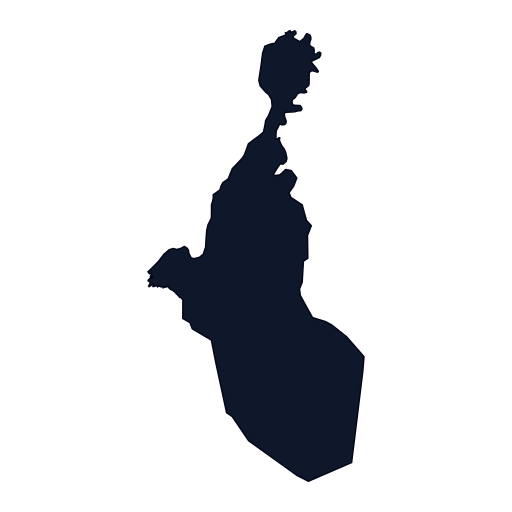 Obubra, Cross River, Nigeria (Robinson projection)
{"feature_id": "59680162B46550202368720", "entity_name": "Obubra", "entity_type": "district", "adm_level": 2, "iso_a3": "NGA", "parent_name": "Nigeria", "parent_adm1": "Cross River", "projection": "robinson", "projection_center": [8.346, 6.001], "detail": "fine", "context": "isolated", "style": "filled", "palette": "ink", "viewbox_px": 512, "rotation_deg": 0, "n_neighbors": 0, "source": "geoboundaries", "source_scale": "gbopen_adm2", "svg_char_len": 3738}
<svg xmlns="http://www.w3.org/2000/svg" viewBox="0 0 512 512"><path d="M263.4,132.2L259.3,135.6L256.7,137.6L255.4,138.5L252.8,140.5L248.5,143.7L244.6,154.4L244.0,155.4L242.2,158.3L240.2,160.4L235.0,165.9L232.3,168.7L228.2,178.9L222.9,182.6L221.3,185.5L220.6,187.7L219.9,189.9L217.1,192.0L215.3,193.3L213.3,194.6L213.3,197.9L212.7,201.2L211.5,204.5L211.5,207.8L211.5,212.1L211.5,212.4L211.4,218.0L208.0,224.9L206.7,230.5L206.0,240.2L205.6,247.3L204.9,249.2L203.3,254.1L199.3,257.4L193.9,258.7L191.2,257.9L189.0,253.8L188.3,249.8L186.6,247.8L184.3,246.5L181.0,248.3L176.9,249.5L174.7,248.9L173.1,248.5L169.1,249.8L163.8,254.4L161.0,258.1L158.4,261.5L151.2,268.8L148.0,271.8L149.4,273.8L150.3,273.5L150.6,273.9L151.4,274.1L151.6,274.6L151.3,274.9L150.9,275.8L150.3,276.7L150.4,277.0L152.6,276.5L152.9,276.8L152.4,277.5L151.4,278.4L150.0,278.5L149.3,279.1L148.1,280.3L148.1,280.7L148.7,281.3L149.5,281.6L149.8,281.7L150.1,282.6L150.1,283.6L149.5,284.2L149.3,285.0L148.6,286.0L149.0,286.6L149.5,286.5L149.6,286.0L150.5,285.9L150.7,285.7L151.2,285.1L152.3,284.5L152.6,284.3L152.9,284.4L153.1,284.9L152.9,286.2L153.0,286.5L153.5,286.5L154.7,286.3L155.4,285.9L156.1,285.1L156.4,285.1L156.6,285.4L157.0,286.2L157.5,286.9L158.5,286.3L159.0,285.9L159.3,285.8L159.7,286.3L160.3,286.5L160.7,286.8L161.1,286.9L161.6,286.7L162.7,286.7L163.1,287.4L163.2,287.7L163.4,287.5L163.5,287.1L163.8,286.9L164.1,287.1L164.4,287.3L164.9,286.9L165.2,287.0L165.6,286.4L166.0,286.3L166.2,286.5L166.2,286.9L166.7,287.0L166.8,286.6L166.9,286.4L167.5,286.5L167.8,286.4L168.2,286.4L168.1,286.1L167.9,285.9L168.0,285.7L168.5,285.8L168.7,286.1L168.7,286.5L168.7,287.1L168.9,287.8L170.3,289.2L171.5,289.8L172.7,290.1L173.5,291.1L174.9,291.8L175.4,292.8L176.0,293.3L176.4,293.9L177.0,294.4L177.6,294.7L177.9,295.4L178.8,296.0L179.1,296.5L179.3,296.6L179.5,297.3L180.1,297.3L180.6,297.4L182.9,299.8L182.8,318.5L190.0,322.6L192.2,328.6L194.1,329.9L211.4,340.1L215.8,362.6L226.6,412.7L232.2,416.5L248.7,440.8L297.4,475.7L308.5,481.3L309.4,480.8L351.6,462.5L362.8,371.3L364.0,356.7L346.6,336.8L331.5,324.8L325.5,321.6L312.5,317.6L303.7,301.7L300.3,295.4L299.5,289.0L302.2,282.1L303.4,261.2L307.8,258.2L307.5,235.4L311.3,225.7L306.5,220.5L304.2,212.4L302.2,204.9L291.0,197.5L289.0,192.7L293.6,186.2L296.8,178.0L291.3,170.6L285.7,169.5L279.9,174.9L274.2,175.6L273.5,174.3L277.4,167.8L280.1,163.9L283.1,164.1L286.1,161.4L286.9,158.4L285.7,152.5L284.3,149.2L281.7,145.7L280.2,142.5L279.4,140.5L279.7,137.8L278.8,137.8L277.4,139.0L275.9,138.9L276.0,133.5L276.3,130.6L278.2,126.9L279.6,124.0L282.1,124.9L284.5,124.6L285.8,123.4L286.2,121.1L284.6,116.7L284.3,113.4L285.7,112.3L294.5,111.8L298.3,110.8L300.9,110.6L302.0,109.0L301.4,107.2L300.1,105.6L293.5,105.2L292.6,104.2L292.0,102.3L292.5,99.4L294.3,98.4L295.3,97.3L297.7,93.7L299.9,92.6L304.5,92.9L306.5,92.3L306.5,91.2L305.0,89.9L305.3,88.2L308.4,85.8L309.0,84.3L309.1,80.6L309.2,73.1L310.4,71.3L312.4,70.7L317.6,72.2L318.2,71.7L318.2,71.1L316.1,68.0L312.4,63.6L311.4,62.2L311.9,61.1L315.3,59.4L319.4,57.5L320.5,55.2L320.8,53.1L319.6,52.2L318.3,52.4L317.6,52.8L316.9,53.9L315.5,54.2L313.9,53.5L314.2,49.9L313.6,47.8L310.9,46.5L309.5,44.9L309.8,42.3L310.9,39.0L310.6,36.3L309.6,34.8L306.8,33.7L306.3,34.1L305.1,36.1L304.2,37.9L303.3,38.9L300.5,41.1L299.5,41.5L293.6,38.1L292.9,37.1L293.4,36.0L296.0,33.6L295.8,31.8L294.9,30.9L294.4,30.8L293.5,31.6L290.7,32.2L290.3,31.4L290.0,30.7L289.0,31.0L286.4,33.0L285.5,32.8L285.9,34.9L278.8,37.6L274.8,43.2L270.3,44.1L264.9,46.2L262.6,53.2L262.4,55.3L262.0,58.2L261.0,66.0L258.8,80.4L260.2,85.9L265.4,91.8L265.7,92.2L268.4,94.3L268.6,94.5L271.5,99.5L272.2,106.5L268.7,115.2L268.4,115.8L265.7,120.4L264.8,126.1L264.7,126.5L263.4,132.2Z" fill="#0f172a" stroke="#020617" stroke-width="1.5"/></svg>